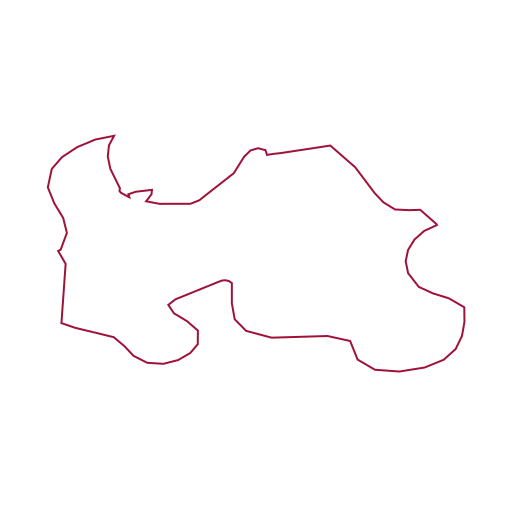 the border of Grigoriopol, rotated 96°
{"feature_id": "MDA-1637", "entity_name": "Grigoriopol", "entity_type": "Territorial Unit", "adm_level": 1, "iso_a3": "MDA", "parent_name": "Moldova", "parent_adm1": "", "projection": "albers", "projection_center": [29.428, 47.137], "detail": "fine", "context": "isolated", "style": "outline", "palette": "rose", "viewbox_px": 512, "rotation_deg": 96, "n_neighbors": 0, "source": "natural_earth", "source_scale": "10m", "svg_char_len": 1350}
<svg xmlns="http://www.w3.org/2000/svg" viewBox="0 0 512 512"><g transform="rotate(96 256 256)"><path d="M206.3,79.3L213.5,91.4L223.2,100.2L234.1,105.4L245.6,106.6L257.2,102.9L269.7,90.9L274.7,76.1L277.9,59.9L285.2,43.5L299.7,41.8L314.0,42.8L327.6,47.7L339.6,58.5L349.3,76.7L355.9,101.3L356.7,125.8L348.4,144.1L330.7,153.5L328.1,176.5L335.6,232.0L331.5,258.0L321.1,270.6L305.4,275.1L285.4,277.2L283.8,280.2L283.3,283.5L283.8,286.7L285.4,290.2L307.5,331.6L313.8,338.1L321.6,331.6L327.9,318.0L336.2,306.0L349.8,304.7L359.3,311.2L367.6,322.5L372.9,336.8L373.6,353.0L368.1,367.4L359.5,377.3L351.6,389.0L346.3,428.5L343.1,442.5L342.7,442.5L283.7,444.5L271.7,453.3L270.3,451.2L270.1,450.9L252.8,446.5L238.4,451.7L224.7,462.1L209.5,470.2L190.7,468.2L180.3,460.9L178.0,459.3L166.4,445.2L157.0,428.0L151.3,409.7L161.3,413.8L172.6,413.8L184.5,410.0L202.9,398.4L205.6,398.6L207.2,397.0L210.7,388.6L210.9,388.1L208.0,389.2L207.9,389.3L204.7,382.4L201.1,366.4L205.5,366.4L212.3,370.5L213.1,371.0L214.2,357.3L210.9,326.6L206.5,318.2L201.0,312.6L176.2,287.0L176.1,286.8L158.5,278.2L154.2,274.6L151.5,272.4L148.6,265.2L149.7,258.1L149.6,257.8L149.9,257.6L154.3,255.6L152.6,249.3L151.2,242.7L138.4,193.6L157.4,166.6L181.1,144.5L189.3,134.9L195.2,122.6L194.4,108.4L192.9,97.5L205.3,80.0L206.2,79.4L206.3,79.3Z" fill="none" stroke="#9f1239" stroke-width="2"/></g></svg>